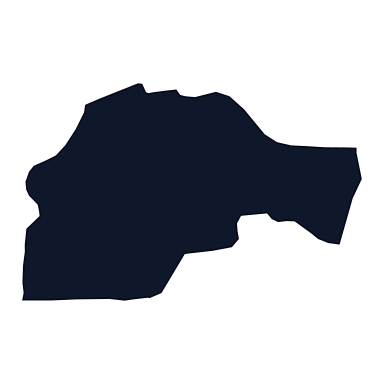 outline of Wadi Salih, Central Darfur, Sudan
{"feature_id": "16777658B39916742993759", "entity_name": "Wadi Salih", "entity_type": "district", "adm_level": 2, "iso_a3": "SDN", "parent_name": "Sudan", "parent_adm1": "Central Darfur", "projection": "mercator", "projection_center": [23.346, 12.417], "detail": "fine", "context": "isolated", "style": "filled", "palette": "ink", "viewbox_px": 384, "rotation_deg": 0, "n_neighbors": 0, "source": "geoboundaries", "source_scale": "gbopen_adm2", "svg_char_len": 1097}
<svg xmlns="http://www.w3.org/2000/svg" viewBox="0 0 384 384"><path d="M85.8,105.4L84.8,112.6L76.4,129.5L66.0,145.6L56.3,156.1L44.1,162.1L34.2,166.4L29.6,172.3L26.2,182.0L27.0,189.7L29.6,195.2L38.4,204.3L39.8,211.1L40.4,216.3L27.1,229.1L25.5,244.7L25.6,251.8L23.8,265.3L23.2,282.7L24.4,293.0L23.2,298.9L23.0,299.7L24.2,299.7L35.3,299.7L51.3,299.7L77.1,298.6L109.6,298.2L124.6,299.9L133.4,298.6L148.2,296.9L149.4,297.4L161.0,292.4L184.3,253.4L187.5,252.9L212.2,250.1L231.5,246.5L238.1,238.7L236.8,231.3L236.2,223.2L240.6,215.1L267.4,212.6L272.2,218.4L278.2,221.3L286.4,220.3L294.9,220.6L311.0,232.3L318.6,238.4L328.4,242.3L334.4,243.1L337.3,243.5L339.0,243.8L352.0,198.0L361.0,178.9L358.7,167.4L355.8,153.0L355.8,150.5L355.8,148.7L355.8,148.4L353.8,148.4L347.5,148.2L347.1,148.2L324.5,148.0L306.7,146.9L290.6,146.1L276.5,142.8L264.1,134.8L243.5,109.8L229.1,96.9L216.0,92.6L195.0,97.9L185.3,97.0L179.7,95.6L176.0,90.3L164.9,91.5L154.2,92.9L148.1,94.0L145.4,92.7L141.7,84.5L141.0,84.4L140.5,84.3L138.1,84.1L100.2,99.2L90.8,103.2L85.8,105.4Z" fill="#0f172a" stroke="#020617" stroke-width="1.5"/></svg>